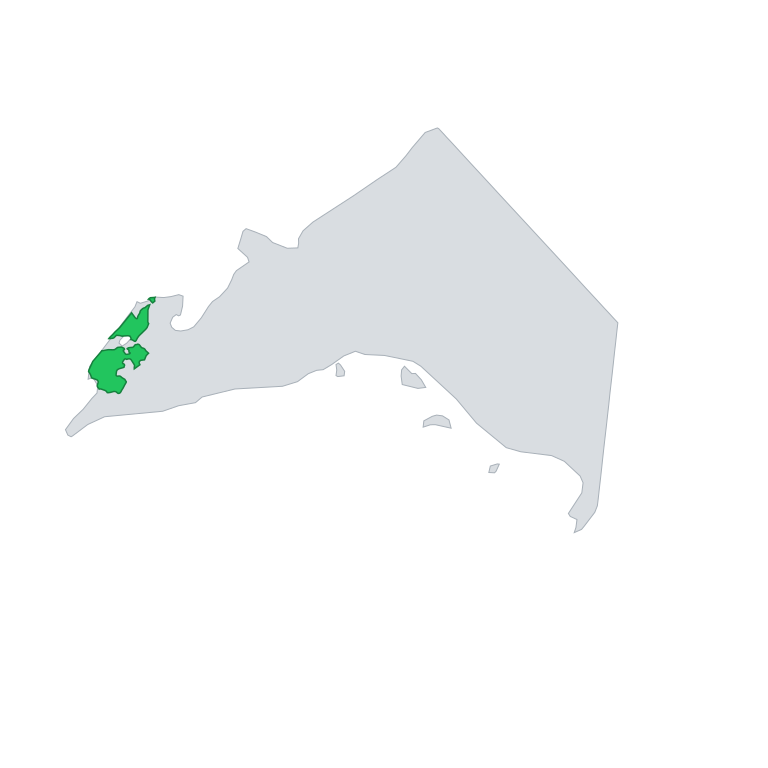 United Arab Emirates, with Fujayrah highlighted, rotated 218°
{"feature_id": "ARE-341", "entity_name": "Fujayrah", "entity_type": "Emirate", "adm_level": 1, "iso_a3": "ARE", "parent_name": "United Arab Emirates", "parent_adm1": "", "projection": "equal_earth", "projection_center": [56.162, 25.265], "detail": "fine", "context": "in_parent", "style": "filled", "palette": "green", "viewbox_px": 768, "rotation_deg": 218, "n_neighbors": 0, "source": "natural_earth", "source_scale": "10m", "svg_char_len": 5184}
<svg xmlns="http://www.w3.org/2000/svg" viewBox="0 0 768 768"><g transform="rotate(218 384 384)"><path d="M620.1,205.6L626.8,216.6L627.8,291.5L629.3,296.8L625.7,297.6L621.7,303.3L617.1,312.1L610.7,316.6L605.6,321.8L600.7,328.1L596.4,329.5L590.7,321.4L586.9,313.1L587.8,311.3L590.5,310.8L591.6,306.5L590.0,300.3L586.2,298.0L581.4,297.8L576.8,300.6L571.9,306.0L569.1,311.9L568.7,323.7L570.0,337.0L569.9,343.4L567.3,351.5L566.3,363.3L568.2,372.4L569.9,377.9L570.1,382.5L565.5,397.1L569.5,399.8L582.6,400.8L586.4,410.7L589.1,417.5L588.3,421.5L579.1,424.5L567.3,427.8L558.9,426.9L543.8,431.4L535.7,438.2L538.0,442.5L540.8,445.8L542.1,454.9L539.7,467.8L535.4,480.3L530.0,495.9L523.8,513.9L515.2,541.0L508.0,562.2L507.2,577.5L507.3,587.6L506.4,607.6L499.6,618.6L498.1,618.9L489.9,617.6L487.2,617.1L479.4,615.9L467.4,613.9L451.8,611.3L433.3,608.3L412.7,604.9L390.7,601.3L367.9,597.6L345.2,593.9L323.1,590.3L302.5,586.9L284.1,583.8L268.5,581.3L256.5,579.3L248.8,578.1L246.0,577.6L237.4,576.2L232.9,568.8L227.3,559.8L221.8,550.8L216.2,541.8L210.7,532.9L205.2,523.9L199.7,514.9L194.1,506.0L188.6,497.0L183.1,488.1L177.6,479.1L172.1,470.1L166.6,461.2L161.0,452.2L155.5,443.3L150.0,434.3L144.5,425.4L140.9,419.4L138.9,412.7L138.7,395.0L138.8,391.1L142.6,384.0L144.4,389.1L148.5,396.0L155.7,394.3L159.0,395.5L161.1,420.0L166.3,428.7L172.7,432.2L194.3,434.1L207.8,430.8L234.5,414.8L248.5,409.1L287.0,410.1L317.8,416.7L365.9,420.7L375.2,419.7L401.2,406.8L417.2,395.5L426.7,392.2L433.0,381.3L437.2,367.1L440.8,357.8L445.5,353.3L450.0,345.5L453.6,332.6L462.6,319.7L498.4,288.3L519.3,261.8L521.1,253.2L532.5,240.4L541.6,226.3L584.0,186.2L592.5,169.7L597.5,151.2L598.1,149.8L601.7,149.1L606.9,151.9L607.4,165.7L605.5,178.8L605.3,192.7L604.6,200.2L608.5,206.4L615.2,209.1L618.2,208.7L620.1,205.6ZM618.5,261.9L619.1,256.1L618.0,253.1L613.7,252.7L611.9,257.7L611.3,265.0L614.3,265.6L618.5,261.9ZM378.8,406.0L378.8,410.6L368.5,409.3L365.7,411.7L357.2,410.3L349.0,407.0L354.6,401.4L369.3,394.8L375.4,400.8L378.8,406.0ZM318.3,394.9L310.7,395.7L303.9,390.5L318.4,383.6L322.3,380.5L326.6,374.1L329.9,379.5L326.1,388.2L323.4,391.9L318.3,394.9ZM433.8,369.8L432.8,372.4L430.0,372.2L422.8,369.8L420.5,365.9L425.0,361.4L427.0,361.1L429.8,365.9L433.8,369.8ZM245.5,390.8L243.8,391.8L242.0,384.4L242.2,382.1L246.9,378.8L249.7,384.8L245.5,390.8Z" fill="#d9dde1" stroke="#a8b0b8" stroke-width="1"/><path d="M616.3,249.0L613.6,251.5L610.8,252.1L609.9,251.6L609.8,251.3L609.8,250.9L610.0,250.4L610.1,250.1L610.0,249.8L609.7,249.5L606.4,248.5L606.0,248.4L605.2,248.8L604.4,249.5L603.0,251.3L603.0,251.9L603.2,252.2L603.9,252.1L604.4,252.1L604.8,252.3L605.4,253.1L605.5,253.4L605.9,253.5L606.2,253.6L606.6,253.7L607.9,253.6L608.0,253.6L608.2,253.8L608.1,254.0L607.7,255.1L607.1,255.8L606.4,256.6L604.7,258.0L604.3,259.0L604.2,259.9L604.3,260.6L604.3,261.3L604.1,261.9L603.8,262.3L603.2,262.8L602.9,263.1L602.7,263.7L602.0,264.1L601.0,264.3L597.9,263.5L597.0,263.5L596.0,263.9L595.1,264.2L593.8,264.2L592.3,263.6L588.5,263.3L588.8,260.5L588.8,259.7L587.6,255.6L590.2,253.0L590.6,251.6L590.6,251.1L590.4,250.6L590.2,250.2L589.9,249.9L589.6,249.7L588.2,248.9L590.1,242.2L590.8,243.0L591.2,243.6L591.6,244.4L592.1,245.1L592.8,245.5L597.8,247.3L598.8,247.5L599.7,247.3L600.5,246.8L601.2,246.1L601.9,245.0L602.4,244.8L603.0,244.8L603.5,244.4L603.8,243.4L603.6,240.6L603.1,239.7L602.4,239.3L601.6,239.6L600.9,239.6L600.4,239.4L600.0,239.1L599.8,238.7L599.7,238.3L599.6,238.0L599.5,237.7L599.4,237.5L599.2,237.2L599.3,236.9L599.6,236.4L602.0,233.1L602.6,231.9L602.9,230.7L602.7,229.6L602.3,228.8L601.0,226.6L600.6,226.1L600.4,225.9L600.1,225.8L599.6,225.8L599.2,225.9L599.0,226.0L598.9,226.0L597.6,227.3L597.0,227.6L596.4,227.8L594.2,227.7L591.1,228.1L590.8,228.0L590.1,227.6L589.8,227.5L588.8,227.3L588.4,227.0L588.2,226.6L588.1,226.1L587.8,223.9L587.0,219.5L587.0,218.4L586.5,215.7L586.5,214.6L586.9,213.7L587.7,212.9L588.7,212.8L589.5,212.9L590.2,212.9L591.1,212.6L592.2,211.9L594.7,208.6L595.9,207.4L596.4,207.0L596.9,206.8L597.5,207.1L598.4,207.3L599.8,207.2L604.0,205.8L605.4,204.6L605.8,204.9L608.2,205.4L609.1,206.3L610.1,209.1L610.8,210.1L612.4,210.6L614.0,210.2L618.2,208.8L620.4,210.3L622.7,211.4L624.4,211.9L625.2,213.4L627.4,222.6L626.8,235.1L626.9,236.5L626.5,236.7L622.4,241.3L618.6,244.1L617.5,245.2L617.0,246.6L616.7,248.0L616.3,249.0ZM613.8,265.3L615.5,264.4L618.5,261.8L619.7,260.5L622.0,259.5L624.8,257.7L625.3,254.0L626.1,252.8L628.6,250.4L628.8,250.3L628.8,251.4L628.7,252.9L628.3,255.6L628.0,259.6L627.0,265.5L626.7,284.7L626.1,284.5L620.7,283.0L619.8,283.0L618.9,283.3L618.8,283.9L619.0,284.4L619.4,285.1L619.7,286.1L619.9,287.1L620.1,289.1L620.3,289.9L620.6,290.6L621.0,291.2L621.0,292.1L620.9,293.3L620.5,295.1L620.0,296.1L619.4,296.8L618.6,300.5L617.4,302.2L615.7,297.1L608.4,287.6L607.8,287.1L606.6,286.7L606.1,284.8L605.8,283.9L605.5,282.8L605.4,281.6L605.5,280.0L606.7,271.4L606.7,269.9L606.6,268.4L606.1,265.5L606.2,264.6L606.8,264.1L609.6,263.8L610.9,263.1L611.0,263.9L612.2,264.7L613.8,265.3ZM621.8,305.9L621.7,306.9L621.2,308.2L618.4,310.7L617.8,311.4L617.3,309.8L615.6,308.2L616.2,305.5L617.9,305.6L621.0,306.4L621.8,305.9L621.8,305.9Z" fill="#22c55e" stroke="#15803d" stroke-width="1.5"/></g></svg>